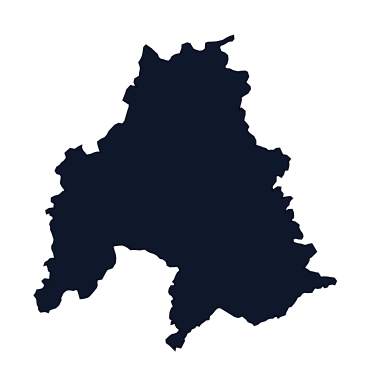 Inácio Martins, Paraná, Brazil (orthographic projection), rotated 274°
{"feature_id": "56859067B63299144707636", "entity_name": "Inácio Martins", "entity_type": "district", "adm_level": 2, "iso_a3": "BRA", "parent_name": "Brazil", "parent_adm1": "Paraná", "projection": "orthographic", "projection_center": [-51.211, -25.645], "detail": "fine", "context": "isolated", "style": "filled", "palette": "ink", "viewbox_px": 384, "rotation_deg": 274, "n_neighbors": 0, "source": "geoboundaries", "source_scale": "gbopen_adm2", "svg_char_len": 5210}
<svg xmlns="http://www.w3.org/2000/svg" viewBox="0 0 384 384"><g transform="rotate(274 192 192)"><path d="M350.9,222.3L349.5,218.9L347.7,215.8L345.2,212.3L343.3,206.2L342.5,200.9L342.3,197.7L341.3,195.5L335.8,195.5L333.5,193.2L332.7,189.9L333.2,187.1L334.3,183.4L336.3,181.8L339.6,179.6L340.2,176.9L338.9,174.1L337.9,172.0L334.7,172.2L331.3,171.2L329.0,170.6L328.3,167.9L327.3,165.2L325.3,162.6L323.0,161.8L320.6,159.7L320.9,156.8L321.7,154.3L322.0,151.5L323.7,149.0L326.8,147.6L328.9,145.0L332.1,141.1L333.4,138.8L335.2,135.8L332.9,134.0L329.4,133.8L325.2,133.4L321.8,132.4L319.4,131.2L317.4,130.1L313.3,131.9L311.0,132.2L307.9,131.7L303.7,131.6L300.9,127.3L297.5,126.7L293.3,129.0L293.2,126.4L293.7,123.3L289.4,120.0L284.7,118.8L278.8,116.9L275.0,123.8L271.6,123.4L268.8,122.6L258.1,120.3L254.7,118.0L255.2,114.1L253.1,110.5L249.7,107.7L246.9,105.3L242.9,103.6L240.0,101.4L238.0,97.7L235.3,94.5L232.4,95.2L228.5,96.7L225.2,98.2L224.9,94.5L224.0,91.8L222.4,88.7L221.1,84.3L225.5,80.0L228.2,78.5L230.6,78.5L228.3,74.8L226.1,72.4L226.7,67.4L221.9,62.8L217.6,64.6L214.2,62.7L211.8,60.0L209.5,58.6L207.3,55.6L203.6,54.2L201.2,55.9L200.4,59.4L198.1,60.8L195.4,60.6L191.6,60.4L188.6,62.2L186.7,64.0L184.2,65.7L182.9,62.8L181.1,61.4L179.2,59.0L178.1,55.5L176.2,52.3L172.7,52.5L171.0,55.7L166.3,55.5L165.3,50.5L163.2,47.7L160.3,48.5L161.6,51.6L159.1,52.3L158.0,55.1L155.2,55.7L153.3,53.6L150.0,52.5L147.7,53.6L144.5,53.8L141.8,55.3L135.3,57.9L131.3,57.6L128.4,56.1L125.5,56.3L121.4,58.4L118.0,59.4L115.6,59.6L115.9,57.0L115.2,54.8L113.2,53.4L111.4,50.6L108.6,49.8L109.6,52.4L106.2,53.9L103.5,54.5L102.2,56.5L96.8,56.3L94.6,56.6L94.9,51.0L92.6,48.8L89.2,51.7L86.9,51.3L84.8,49.6L83.9,47.1L83.3,44.2L80.2,43.4L77.9,41.9L74.8,44.7L69.1,45.7L66.4,47.3L64.1,47.4L61.9,49.3L62.8,53.8L61.9,57.0L64.3,57.7L65.4,59.5L67.1,63.9L70.1,66.8L75.0,68.7L77.2,68.2L82.3,70.2L84.6,72.3L85.9,74.4L86.1,77.7L85.7,80.6L86.9,82.6L86.4,84.9L83.5,86.1L78.0,88.0L78.6,91.2L79.8,94.9L81.4,96.9L84.9,99.5L89.8,103.0L92.2,103.7L94.7,103.2L97.9,103.4L99.0,107.9L106.5,111.3L109.0,112.8L110.0,115.4L111.0,117.6L116.0,120.3L120.8,120.3L124.3,119.6L127.5,118.3L132.3,116.6L133.4,118.9L134.0,122.5L134.5,126.0L133.7,129.1L132.4,131.9L130.4,134.7L130.9,138.1L130.9,144.4L131.7,147.4L131.9,149.9L130.4,151.3L129.1,154.7L128.2,158.6L126.7,161.6L123.7,165.0L123.4,167.6L122.2,169.6L120.7,171.5L117.3,172.5L116.1,175.2L116.7,180.3L117.1,182.9L114.5,184.9L112.3,185.4L110.5,183.4L107.1,181.9L103.4,180.8L101.1,179.2L99.2,181.7L96.9,180.5L96.8,177.8L93.9,176.3L90.7,175.9L88.6,177.0L87.4,179.3L83.7,181.8L81.6,179.3L79.3,180.2L76.3,181.7L74.4,179.9L70.4,178.7L67.1,178.6L64.3,178.8L62.7,181.6L60.7,180.6L58.6,180.6L60.4,184.6L58.2,184.9L56.0,186.3L53.8,189.4L51.7,188.4L49.9,186.8L48.9,184.6L48.1,181.9L46.2,179.7L44.4,178.1L42.8,176.6L39.9,177.1L37.8,180.6L35.1,183.7L33.1,186.0L36.3,186.2L36.5,188.5L35.9,191.6L42.8,194.6L45.2,194.0L47.7,195.7L51.0,196.8L52.8,199.8L55.4,200.8L56.9,204.0L59.7,205.9L58.8,208.4L60.8,209.5L63.7,212.8L65.6,215.0L66.1,217.6L69.7,217.9L72.1,220.4L76.1,223.2L78.4,225.4L78.9,228.3L74.0,237.7L70.9,243.5L70.3,247.1L72.1,250.8L69.1,255.1L66.6,257.3L65.4,261.6L63.4,263.5L64.7,266.5L67.2,269.3L69.0,274.1L70.7,276.1L71.7,278.4L72.0,281.5L73.6,283.0L74.1,285.5L72.4,286.7L74.2,288.7L76.1,293.3L79.3,294.0L81.6,295.2L84.0,296.0L85.0,298.9L87.1,300.4L89.2,301.8L91.8,303.3L94.5,304.3L95.7,306.9L98.6,308.8L100.0,310.8L99.9,314.1L100.5,318.6L103.0,319.7L105.2,321.4L104.8,323.9L105.4,327.0L108.1,328.9L106.0,331.0L106.8,333.4L109.1,334.6L110.2,338.3L109.7,340.8L113.2,342.1L115.8,339.9L116.4,332.5L116.3,329.4L115.7,326.2L117.5,325.1L119.7,323.5L119.9,320.5L120.5,317.6L120.7,315.2L122.7,312.1L124.0,309.0L127.2,311.0L129.1,312.2L131.8,313.3L134.3,313.3L135.7,315.4L139.5,318.8L141.1,320.2L146.5,316.5L148.5,315.1L147.6,311.8L146.3,308.9L147.4,303.9L147.6,300.9L148.7,296.4L152.5,295.9L153.5,298.7L152.8,301.7L152.9,304.6L155.4,305.6L157.8,304.9L160.4,302.7L163.7,300.7L166.5,300.9L169.1,296.9L169.7,293.2L172.0,293.1L173.5,294.9L178.2,294.5L181.4,293.0L181.0,289.5L178.7,286.9L181.4,286.4L183.8,287.3L186.0,289.4L188.1,289.5L190.8,290.6L192.7,292.5L194.1,290.7L193.7,287.9L193.0,284.9L192.2,282.3L196.6,282.8L199.1,280.1L202.9,280.1L202.9,277.1L199.2,272.4L202.9,271.2L205.6,272.8L208.6,274.9L214.0,274.6L214.8,277.0L213.1,280.1L215.9,281.8L218.2,282.3L220.4,282.7L220.8,285.8L223.6,286.4L226.6,286.5L229.1,285.9L231.9,287.7L234.9,283.8L235.3,280.0L237.2,278.6L241.6,276.3L241.1,273.0L239.0,270.7L239.0,268.1L238.3,265.3L240.3,262.5L240.8,259.9L241.7,257.1L242.9,252.2L245.7,252.0L247.8,251.8L251.5,249.6L254.0,245.7L255.3,244.0L258.0,242.4L260.9,243.9L262.8,242.6L264.4,241.0L266.5,238.6L269.6,238.6L272.5,239.3L276.4,239.1L278.9,235.5L277.7,233.6L280.8,233.5L283.9,234.1L287.1,234.6L290.0,234.3L292.4,237.4L294.5,240.6L298.8,242.9L301.0,242.5L303.5,239.8L304.9,237.6L307.3,238.8L311.0,240.3L315.3,238.7L316.1,236.6L315.5,232.0L314.9,229.5L315.7,224.3L317.2,221.1L317.1,218.0L318.2,215.9L320.5,216.1L322.6,217.7L326.5,218.4L330.5,217.8L332.5,215.5L334.1,210.9L338.1,209.1L340.5,210.1L341.3,212.4L342.7,214.7L344.2,216.5L345.2,218.5L345.7,221.5L347.9,222.9L350.9,222.3Z" fill="#0f172a" stroke="#020617" stroke-width="1.5"/></g></svg>